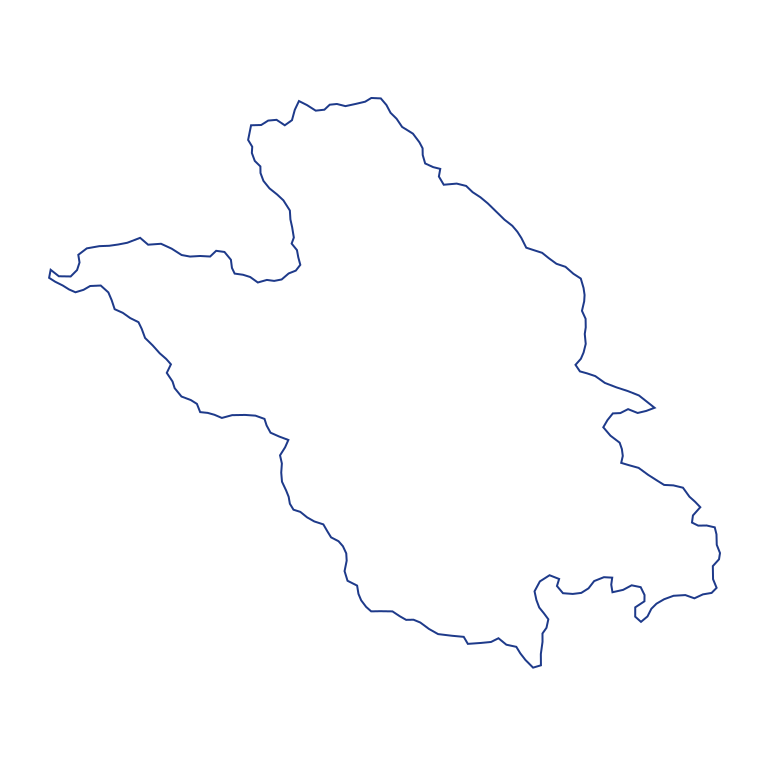 the district of Mar de Espanha, Minas Gerais, Brazil, rotated 269°
{"feature_id": "56859067B7164337679513", "entity_name": "Mar de Espanha", "entity_type": "district", "adm_level": 2, "iso_a3": "BRA", "parent_name": "Brazil", "parent_adm1": "Minas Gerais", "projection": "natural_earth1", "projection_center": [-43.018, -21.864], "detail": "fine", "context": "isolated", "style": "outline", "palette": "blue", "viewbox_px": 768, "rotation_deg": 269, "n_neighbors": 0, "source": "geoboundaries", "source_scale": "gbopen_adm2", "svg_char_len": 3475}
<svg xmlns="http://www.w3.org/2000/svg" viewBox="0 0 768 768"><g transform="rotate(269 384 384)"><path d="M670.2,376.3L666.6,370.1L664.6,360.9L662.5,350.3L664.8,341.8L664.2,334.6L659.3,329.2L658.5,320.5L664.2,311.9L668.4,303.9L659.7,299.6L649.4,296.6L644.4,289.3L650.0,281.2L649.4,272.8L645.1,265.7L645.0,255.6L630.4,252.4L623.5,256.4L617.3,255.9L609.3,258.7L603.7,264.2L597.1,264.2L589.2,267.0L581.6,272.9L575.3,280.5L569.4,286.6L559.1,292.9L550.2,293.3L542.3,294.9L532.0,296.4L526.0,294.1L519.4,299.3L512.2,300.5L504.6,302.4L498.9,297.8L496.2,290.6L490.3,283.5L489.0,276.0L490.1,268.7L487.7,259.6L493.3,252.1L495.7,244.9L497.0,236.6L502.7,234.0L510.9,233.1L518.8,226.8L520.1,218.5L514.5,212.4L515.2,202.4L514.8,192.3L516.5,183.9L523.0,174.1L528.1,163.5L527.4,150.6L534.4,142.7L529.7,129.8L528.1,120.6L527.0,111.7L526.8,101.8L524.8,89.2L518.5,80.6L510.8,81.7L503.3,79.1L497.0,72.6L497.4,60.8L504.0,52.7L496.0,51.0L492.0,57.0L488.1,64.5L484.0,70.8L481.1,77.1L483.4,85.2L487.1,91.9L487.4,102.5L480.4,110.0L472.5,113.2L463.5,116.0L459.7,124.1L454.4,131.3L450.1,139.6L443.4,142.7L434.2,145.9L426.6,153.4L418.6,160.3L412.8,166.7L407.4,171.3L398.9,167.0L390.2,172.6L383.5,174.6L375.0,181.3L371.3,190.6L367.4,196.6L359.1,199.7L358.2,207.2L356.2,213.9L352.9,221.3L355.5,231.6L355.5,244.6L354.6,254.9L351.2,263.9L344.6,265.9L337.3,269.7L333.3,278.3L329.7,287.4L322.4,284.0L314.5,278.8L306.3,280.5L297.2,279.7L288.1,280.3L279.2,284.3L272.9,286.7L265.9,287.8L259.9,291.3L257.6,298.1L252.0,304.8L247.8,311.9L244.7,320.9L237.7,324.8L231.6,328.4L227.6,335.8L222.5,340.1L215.3,343.3L208.0,343.6L197.6,341.3L187.9,344.1L182.9,353.6L174.6,354.8L168.1,357.4L161.5,362.2L156.9,367.2L156.9,376.3L156.5,388.5L151.6,395.6L147.8,402.0L147.8,409.4L144.9,416.1L138.3,424.7L133.0,433.7L131.1,447.5L129.8,459.3L122.7,463.3L123.4,476.3L124.2,486.5L127.8,494.0L121.2,501.8L118.9,511.7L112.3,515.6L105.6,520.6L97.8,528.1L100.0,536.0L111.3,536.1L123.4,538.0L131.8,538.1L137.4,542.2L145.9,544.2L151.9,539.9L157.8,535.3L165.4,532.6L174.1,530.9L183.9,536.4L189.9,546.2L186.0,555.7L179.0,553.4L171.7,559.3L170.8,569.1L171.7,577.6L176.1,584.9L183.3,590.7L187.0,600.5L186.4,608.8L179.4,607.7L171.8,608.8L174.0,619.5L178.4,628.1L176.4,637.1L168.5,640.8L162.2,640.6L156.3,631.3L147.0,631.1L141.7,636.8L147.0,643.4L154.6,647.4L159.6,652.6L163.9,660.3L167.2,669.8L167.7,681.6L164.3,690.6L168.1,699.2L169.4,707.9L174.4,713.0L183.1,709.6L196.2,709.6L202.9,715.9L209.1,717.0L217.4,713.9L227.9,713.8L234.9,712.2L236.9,704.1L236.9,695.7L240.1,689.5L247.2,690.6L255.3,698.1L260.7,693.1L266.0,687.4L275.1,681.1L277.6,671.5L278.2,662.3L282.2,656.1L288.5,646.6L295.7,637.1L298.7,627.0L301.0,619.8L307.9,621.5L314.8,620.7L321.2,618.6L328.4,609.5L336.9,602.5L344.0,606.8L350.6,612.3L350.8,619.8L354.6,627.6L350.6,637.1L352.5,645.7L355.5,654.1L361.4,646.9L368.1,638.7L372.7,627.6L376.6,616.3L381.2,604.9L388.2,595.4L391.1,587.2L393.2,580.1L399.8,575.8L405.8,581.3L412.0,584.1L420.6,586.4L430.5,585.6L437.1,586.7L445.7,586.7L453.7,583.2L463.2,585.6L469.5,586.1L476.5,585.2L486.0,582.6L490.9,575.3L498.0,567.5L501.2,558.5L506.9,551.0L512.4,544.4L514.8,537.3L517.8,528.6L527.6,523.9L533.9,520.0L539.9,515.1L546.2,507.3L554.4,499.2L562.8,490.9L569.0,483.7L574.3,475.9L580.6,469.6L583.1,460.2L582.2,447.2L590.5,442.5L598.1,444.0L600.0,436.9L603.8,429.0L612.3,426.7L619.0,426.7L625.1,423.6L633.8,417.3L640.7,406.6L649.0,401.2L655.0,395.3L662.9,391.3L669.6,385.8L670.2,376.3Z" fill="none" stroke="#1e3a8a" stroke-width="2"/></g></svg>